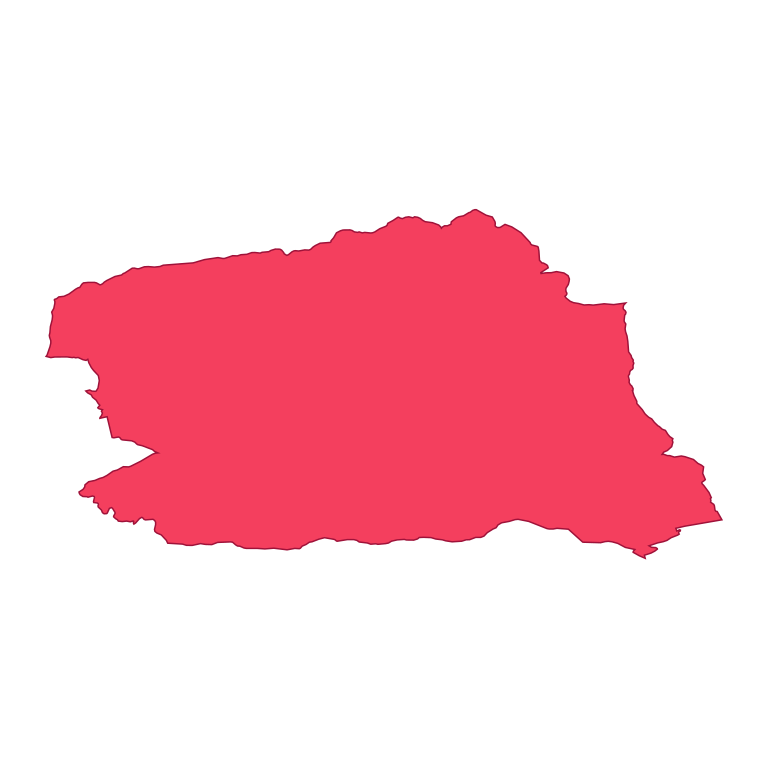 the district of Cosminele, Prahova, Romania
{"feature_id": "2599482B41257383601072", "entity_name": "Cosminele", "entity_type": "district", "adm_level": 2, "iso_a3": "ROU", "parent_name": "Romania", "parent_adm1": "Prahova", "projection": "robinson", "projection_center": [25.876, 45.169], "detail": "fine", "context": "isolated", "style": "filled", "palette": "rose", "viewbox_px": 768, "rotation_deg": 0, "n_neighbors": 0, "source": "geoboundaries", "source_scale": "gbopen_adm2", "svg_char_len": 6048}
<svg xmlns="http://www.w3.org/2000/svg" viewBox="0 0 768 768"><path d="M452.1,541.8L461.7,541.2L466.2,539.8L469.6,539.7L475.7,537.4L480.7,537.4L484.0,536.1L487.3,532.6L492.9,529.1L496.1,527.7L498.0,524.9L501.6,522.8L509.2,521.4L515.1,519.6L518.1,519.3L528.7,521.4L547.0,528.6L549.3,529.0L553.1,529.0L557.0,528.3L568.4,529.2L582.7,542.1L583.4,542.2L600.6,542.7L605.1,541.6L608.3,541.3L612.1,541.8L617.8,543.4L625.3,547.4L634.9,549.5L633.3,551.3L633.1,552.3L639.4,555.8L645.2,558.3L644.4,555.2L651.0,553.1L654.8,551.1L657.4,549.1L657.3,548.6L655.8,547.6L651.5,547.3L649.0,545.8L657.6,542.9L663.2,541.7L667.0,540.4L671.1,537.7L677.7,535.1L679.2,534.1L678.7,533.1L678.7,532.1L679.3,531.3L680.3,531.0L680.4,530.1L679.6,529.8L676.8,531.0L675.8,528.3L684.8,526.2L721.9,519.8L717.2,511.5L715.9,511.3L715.0,510.1L714.4,505.8L713.8,504.4L710.6,502.2L710.9,500.5L710.4,498.6L711.3,497.7L709.0,492.5L703.8,485.5L702.0,483.6L701.8,482.5L702.1,482.1L704.7,480.3L705.3,479.5L702.7,473.4L703.6,466.9L701.5,465.2L697.9,463.4L693.5,459.5L685.0,456.7L681.3,456.0L674.4,457.1L669.7,455.6L667.3,455.6L663.8,454.3L662.1,454.4L663.6,452.2L667.4,450.5L671.7,446.6L672.9,442.2L672.3,440.3L672.9,438.7L669.8,436.6L667.9,434.4L665.4,430.4L662.2,429.2L659.4,426.6L657.9,425.8L654.4,422.4L651.7,418.9L648.6,417.2L646.2,415.0L644.9,413.7L642.3,409.7L636.8,403.5L636.8,401.3L633.9,395.4L632.5,390.7L632.9,390.7L633.1,388.6L631.7,385.9L630.4,384.8L629.1,382.5L629.3,380.1L628.4,376.6L628.5,375.6L629.5,374.1L629.8,371.8L630.6,370.4L632.3,369.3L633.1,368.1L633.0,365.6L633.8,363.1L633.0,361.4L633.3,360.1L631.6,357.5L631.1,355.5L628.6,351.9L627.8,341.3L627.0,336.0L625.6,331.8L625.1,328.8L625.8,324.0L624.4,321.9L624.1,320.6L624.7,315.2L625.6,314.1L626.0,312.3L625.3,310.9L623.5,309.3L623.1,308.0L623.6,305.3L625.7,303.0L613.7,304.6L604.1,303.8L593.3,305.1L589.0,304.7L584.1,305.0L578.6,303.5L573.6,302.7L570.2,301.3L566.2,298.1L564.9,296.3L566.2,295.2L566.9,293.9L566.8,293.0L566.0,291.5L565.8,289.3L566.1,288.0L568.3,284.5L569.1,281.4L569.4,279.0L568.1,275.7L564.0,273.0L556.5,271.6L551.2,272.7L546.0,272.8L541.0,273.5L540.8,272.6L548.2,267.8L547.6,265.8L546.7,264.8L543.5,263.1L541.9,262.9L539.5,260.3L538.9,251.0L538.2,247.1L537.3,246.4L531.9,245.0L530.6,243.9L530.1,242.5L521.0,232.7L511.8,226.9L505.0,224.4L500.2,227.4L497.8,227.6L496.5,227.1L495.3,226.2L495.1,225.3L495.3,223.3L494.9,221.5L492.3,217.0L486.1,215.2L476.3,209.7L474.8,209.7L472.7,210.4L470.2,212.3L468.9,212.6L463.6,215.8L458.6,216.8L456.3,217.9L451.3,221.8L450.9,224.3L447.4,225.8L444.5,225.8L442.5,227.0L441.4,228.2L441.0,227.2L438.7,225.0L432.5,222.7L425.2,221.7L422.6,220.3L420.4,218.5L417.8,217.3L414.6,216.8L412.9,217.8L408.8,216.8L405.4,217.3L402.5,218.6L400.5,218.2L398.6,217.2L397.8,217.3L393.0,220.5L387.8,223.3L387.0,225.4L385.8,226.3L379.8,228.7L374.7,232.0L372.5,232.8L370.7,233.0L364.7,232.4L362.3,232.9L359.1,231.9L357.7,232.4L354.4,231.9L352.1,230.5L350.0,229.9L343.1,230.0L340.4,230.8L336.5,232.8L333.6,237.8L331.0,240.8L331.1,241.6L330.3,242.4L320.1,243.2L315.4,245.5L313.1,247.0L310.6,249.4L308.8,250.1L304.8,249.9L298.7,251.0L295.4,250.7L293.9,250.9L292.0,251.8L288.7,254.5L286.9,255.4L284.2,253.8L283.7,252.6L281.6,250.1L279.9,249.2L275.3,249.1L271.0,250.4L268.7,251.7L262.0,252.3L260.2,253.1L254.9,252.5L251.7,252.6L246.9,254.3L241.0,254.7L237.3,255.9L232.7,255.7L224.7,258.4L223.0,258.5L218.0,257.6L204.5,259.6L193.1,262.9L163.2,265.2L160.0,266.5L154.5,267.1L148.4,266.6L144.3,266.8L139.0,268.7L137.4,268.8L134.3,268.1L132.2,268.2L124.6,273.1L123.3,273.5L121.6,275.0L114.9,276.5L106.8,280.5L104.3,282.1L102.7,283.7L100.8,284.7L99.9,284.8L96.5,282.9L94.5,282.4L88.2,282.4L83.4,282.9L81.9,284.2L79.7,287.5L78.3,287.7L75.6,289.2L69.0,294.0L64.0,296.3L58.8,296.9L56.6,298.7L54.7,299.3L54.3,299.9L54.9,301.6L54.8,303.5L53.8,308.4L51.7,312.1L52.5,315.2L52.5,316.9L52.1,320.1L50.4,326.6L49.9,332.8L49.3,335.3L49.6,337.2L50.8,340.7L50.8,343.1L50.0,346.6L47.1,355.0L46.1,356.4L50.8,357.6L54.7,357.0L67.0,356.9L72.3,357.6L73.9,357.3L75.6,357.8L78.1,357.5L83.0,359.7L86.1,360.4L87.8,359.3L88.9,362.9L91.3,367.5L93.6,370.5L98.3,375.5L99.3,380.6L98.0,388.1L96.2,391.0L95.5,391.3L91.9,391.1L89.7,390.0L85.8,391.0L87.7,392.9L91.2,394.8L92.6,397.3L96.2,400.2L98.2,403.5L99.8,405.2L97.8,407.7L98.0,408.1L99.1,408.8L102.5,409.7L101.4,411.2L102.4,413.0L101.6,415.4L100.0,417.6L99.9,418.3L107.1,416.7L112.1,437.5L113.9,437.8L118.5,437.0L119.8,437.6L121.3,439.5L122.6,439.9L131.7,440.8L134.8,442.1L136.7,444.0L137.8,444.7L142.2,445.7L152.5,449.6L154.5,451.4L157.9,452.9L155.3,453.2L152.6,454.2L140.6,461.3L130.8,466.2L128.7,466.9L123.3,466.7L117.3,470.0L113.0,471.2L107.0,475.4L103.0,477.5L99.7,478.4L95.0,480.4L88.7,481.7L85.0,484.8L84.7,487.0L83.1,489.3L79.0,492.0L79.4,493.5L80.2,494.8L82.9,496.5L87.0,496.7L88.0,497.2L92.5,496.0L94.2,496.5L94.5,497.5L93.5,501.4L93.7,502.5L97.3,503.0L98.1,503.5L98.4,504.5L98.0,505.9L98.2,507.0L101.4,510.0L102.4,512.5L103.5,513.5L104.5,513.8L106.7,513.6L107.3,513.0L109.4,508.4L111.4,507.6L112.5,508.3L115.0,512.4L115.1,513.3L113.7,516.0L113.6,516.8L115.5,518.6L117.5,519.8L118.3,521.1L122.2,521.6L126.6,521.1L130.3,521.8L133.2,521.0L133.7,521.3L133.4,523.0L133.9,524.1L135.6,523.0L139.5,518.6L141.6,517.4L142.5,517.6L144.1,519.4L145.5,519.9L153.0,519.3L154.7,520.5L155.6,522.2L155.6,524.7L154.5,529.4L154.9,531.4L156.8,533.0L161.3,534.9L166.4,540.4L167.7,543.2L182.5,544.1L186.4,545.3L192.2,545.4L200.5,543.6L205.4,544.4L211.8,544.6L217.6,542.4L230.5,541.9L232.6,542.2L235.7,544.9L237.5,546.0L239.9,546.2L244.0,548.0L246.4,548.4L257.4,548.4L264.9,548.9L273.8,548.2L287.1,549.8L294.8,548.4L299.3,548.7L300.4,548.2L302.2,546.1L306.0,544.5L309.4,542.2L312.0,541.8L318.8,539.2L324.5,537.7L333.8,539.3L335.3,539.9L336.4,541.0L337.4,541.2L347.3,539.6L353.9,539.6L356.9,540.4L359.2,542.0L367.4,543.0L370.7,544.2L375.8,543.8L377.9,544.3L385.6,543.6L388.5,543.0L391.5,541.2L397.1,539.9L404.3,539.4L406.5,540.0L413.8,540.1L417.6,538.9L419.2,537.5L423.6,537.3L431.1,537.6L435.7,539.0L442.4,539.8L445.6,540.8L452.1,541.8Z" fill="#f43f5e" stroke="#9f1239" stroke-width="1.5"/></svg>